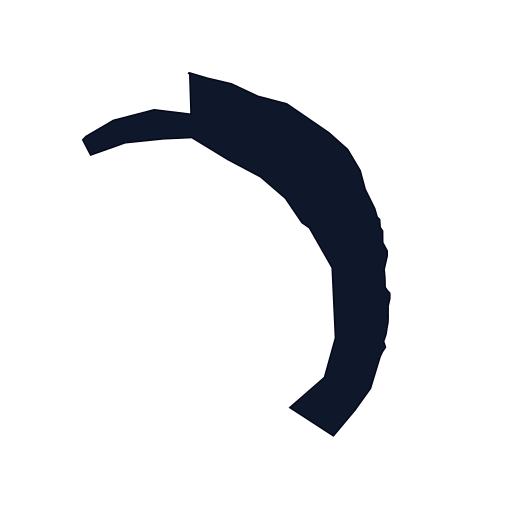 outline of Niuafo'ou, Tonga, rotated 342°
{"feature_id": "48082658B75580171821310", "entity_name": "Niuafo'ou", "entity_type": "district", "adm_level": 2, "iso_a3": "TON", "parent_name": "Tonga", "parent_adm1": "", "projection": "orthographic", "projection_center": [-175.613, -15.598], "detail": "fine", "context": "isolated", "style": "filled", "palette": "ink", "viewbox_px": 512, "rotation_deg": 342, "n_neighbors": 0, "source": "geoboundaries", "source_scale": "gbopen_adm2", "svg_char_len": 940}
<svg xmlns="http://www.w3.org/2000/svg" viewBox="0 0 512 512"><g transform="rotate(342 256 256)"><path d="M324.0,417.3L342.9,390.2L346.6,386.2L351.0,382.8L351.0,376.6L353.1,373.9L355.6,370.4L358.5,364.7L361.0,360.0L362.9,354.8L364.3,350.2L365.2,347.7L366.3,344.3L368.1,341.3L370.2,337.7L371.8,332.7L370.2,329.3L369.2,325.6L371.8,317.0L373.8,308.3L380.9,296.4L382.4,291.7L380.7,282.4L384.2,271.3L383.0,267.2L384.9,259.4L383.3,256.5L383.6,247.6L380.5,226.4L381.5,206.9L376.1,183.0L363.5,161.4L350.3,144.2L332.3,120.8L307.1,104.6L285.9,84.7L264.5,71.7L249.0,61.0L248.4,61.5L249.3,62.2L238.0,101.1L204.3,85.4L185.4,84.3L162.5,82.9L161.4,83.1L131.3,89.7L127.1,92.0L129.9,108.9L159.4,108.1L166.5,107.9L184.2,111.7L204.2,116.0L231.5,123.5L259.3,155.9L284.8,182.2L301.8,210.2L310.0,238.5L315.5,245.8L324.8,290.7L306.2,358.5L283.6,392.6L241.3,410.6L274.0,451.0L302.6,433.1L324.0,417.3Z" fill="#0f172a" stroke="#020617" stroke-width="1.5"/></g></svg>